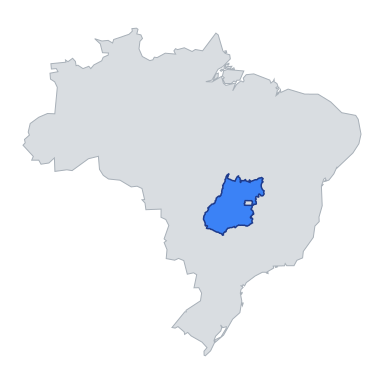 location of Goiás within Brazil
{"feature_id": "BRA-1294", "entity_name": "Goiás", "entity_type": "State", "adm_level": 1, "iso_a3": "BRA", "parent_name": "Brazil", "parent_adm1": "", "projection": "albers", "projection_center": [-49.017, -15.943], "detail": "fine", "context": "in_parent", "style": "filled", "palette": "blue", "viewbox_px": 384, "rotation_deg": 0, "n_neighbors": 0, "source": "natural_earth", "source_scale": "10m", "svg_char_len": 9091}
<svg xmlns="http://www.w3.org/2000/svg" viewBox="0 0 384 384"><path d="M77.9,65.2L83.0,68.6L88.8,66.3L90.8,68.6L93.9,64.9L101.7,60.8L103.2,57.3L108.2,55.1L108.5,53.0L102.5,52.7L100.3,43.9L94.7,38.7L101.9,41.0L108.1,40.4L112.6,43.0L113.7,39.5L129.0,34.3L132.3,31.2L131.9,28.6L136.5,28.2L138.0,29.3L136.8,33.9L140.9,34.9L142.5,38.5L139.9,41.4L139.0,48.9L142.3,56.5L149.8,60.6L152.9,59.8L154.3,57.2L157.1,57.6L165.2,53.2L175.6,54.1L173.9,50.9L175.5,48.7L177.6,49.6L184.3,47.8L192.1,51.5L195.3,49.5L202.6,50.8L215.9,33.1L218.2,34.9L222.9,50.9L225.2,53.4L229.7,54.8L230.3,58.9L222.7,66.7L218.0,69.3L211.9,80.1L205.8,81.7L212.2,81.9L221.5,76.4L223.4,83.3L225.9,85.4L235.6,83.0L232.7,90.8L236.5,84.5L240.9,80.9L243.1,82.0L244.1,80.9L243.3,78.1L246.2,74.7L253.8,73.9L269.8,80.1L270.9,83.1L273.2,81.1L276.9,83.5L277.9,86.1L275.9,87.8L276.7,88.8L278.8,87.1L279.2,88.7L277.3,90.5L276.0,95.7L278.6,93.6L280.5,89.7L280.8,92.5L288.1,89.1L304.7,94.1L318.1,94.2L330.8,102.0L341.7,112.7L355.7,115.4L358.2,119.3L361.0,134.2L358.9,143.7L352.9,153.0L337.0,168.1L337.0,166.8L333.8,173.9L328.9,180.1L326.6,180.9L325.2,178.0L323.7,179.3L321.4,186.1L322.2,205.8L319.0,217.0L319.2,221.6L314.9,226.1L313.3,237.4L303.3,251.4L302.6,257.9L296.9,260.3L294.0,265.7L286.7,265.7L285.2,263.5L284.5,265.8L273.2,266.1L273.7,268.0L266.5,272.3L262.5,272.2L255.3,275.9L246.3,282.6L244.6,285.9L243.1,284.6L242.5,286.1L240.5,285.5L243.1,287.4L241.0,289.5L240.3,293.1L241.8,301.0L239.9,312.6L232.6,319.2L223.6,335.1L215.2,342.3L214.9,339.9L221.0,336.9L226.2,328.3L226.3,326.7L222.8,327.7L220.6,324.9L221.7,327.7L220.8,330.9L215.6,336.2L214.0,340.4L214.5,342.7L210.6,350.8L205.3,355.8L204.1,355.2L204.0,351.2L207.0,347.6L202.0,342.1L191.1,335.9L187.7,332.4L184.6,334.4L184.2,331.9L178.0,326.6L175.1,328.1L172.0,327.5L184.8,311.8L186.3,311.8L186.0,310.3L200.5,300.8L201.6,293.1L198.8,287.7L194.0,287.8L196.7,274.7L193.6,272.8L187.3,274.2L183.8,260.6L178.5,258.4L174.7,260.2L166.2,258.6L167.0,249.6L164.1,242.5L166.4,240.8L164.1,238.9L168.8,225.5L165.8,219.5L161.0,217.3L161.1,209.1L145.9,209.7L145.0,203.0L142.0,199.8L144.6,199.6L142.0,188.5L137.1,186.2L131.2,186.9L120.0,180.2L108.5,179.0L103.3,175.4L99.5,169.4L98.4,156.3L88.5,158.7L72.1,170.6L66.8,169.8L54.9,171.4L54.4,157.9L48.9,163.0L41.0,164.2L38.8,160.2L31.7,160.2L33.3,156.4L23.0,145.2L25.2,142.8L24.5,139.4L29.4,135.1L28.2,132.1L30.2,123.5L38.7,117.3L47.5,113.5L54.8,113.8L57.3,87.3L54.7,81.8L50.5,79.1L50.0,73.2L58.0,71.7L56.3,68.6L51.4,69.0L50.9,63.7L65.9,62.2L65.5,60.0L68.0,61.7L72.6,58.3L75.4,61.4L76.1,65.7L77.9,65.2ZM227.2,69.5L243.8,71.0L239.8,80.1L236.8,80.3L236.3,81.9L233.9,81.1L231.2,83.5L225.0,83.5L222.7,78.9L224.3,77.8L222.4,76.1L223.7,70.8L227.2,69.5ZM213.2,80.6L215.7,74.1L218.3,73.1L218.1,77.1L213.2,80.6ZM231.8,66.3L230.2,68.7L226.4,68.2L227.0,66.6L231.8,66.3ZM226.1,63.6L225.5,68.6L223.8,68.1L226.1,63.6ZM234.4,69.4L232.0,69.7L231.0,69.3L233.9,67.8L234.4,69.4ZM223.6,69.7L221.2,71.3L220.2,70.5L221.9,69.0L223.6,69.7ZM228.0,65.3L226.9,64.2L228.9,63.2L229.0,64.2L228.0,65.3ZM226.7,52.5L225.2,52.7L224.9,50.9L226.3,50.8L226.7,52.5ZM242.4,305.8L241.9,304.2L242.9,302.7L243.2,303.1L242.4,305.8ZM267.8,271.7L268.1,273.6L266.6,273.1L267.8,271.7ZM241.6,294.2L241.0,293.3L242.0,292.3L242.3,292.7L241.6,294.2ZM278.2,92.5L277.2,94.4L278.3,91.7L278.2,92.5ZM325.8,181.2L324.2,181.6L325.3,180.2L325.8,181.2ZM277.3,266.9L275.7,267.5L275.4,267.1L276.4,266.3L277.3,266.9ZM323.0,184.6L322.4,185.6L322.0,184.9L323.0,184.6ZM274.1,79.4L274.2,80.5L273.7,80.3L274.1,79.4Z" fill="#d9dde1" stroke="#a8b0b8" stroke-width="1"/><path d="M261.8,177.6L262.9,178.5L263.1,178.8L263.0,179.0L262.3,179.5L262.1,180.6L262.1,181.1L262.9,181.4L262.9,181.5L262.9,181.8L262.8,182.2L262.5,182.5L262.0,182.7L261.7,183.2L261.2,184.9L261.2,185.7L261.3,186.7L261.6,187.8L262.0,188.5L262.4,189.5L262.9,189.9L263.4,190.5L264.1,190.9L263.9,191.5L263.7,191.9L263.7,192.3L263.7,192.7L264.0,193.2L264.1,194.0L263.9,194.3L263.6,194.7L263.2,195.4L262.9,195.5L262.7,195.8L262.3,195.8L261.8,195.9L261.5,195.8L260.9,195.7L260.7,195.1L260.3,194.6L259.3,194.0L259.1,194.0L258.6,194.5L258.5,195.0L258.7,195.3L258.5,195.7L258.7,196.0L258.7,196.3L258.8,196.7L258.8,196.8L258.6,196.9L258.4,197.1L258.2,197.1L257.2,196.6L256.9,196.5L256.4,196.5L256.0,196.7L255.9,196.9L255.6,198.4L255.6,198.5L255.9,198.5L256.2,199.1L255.8,199.7L255.6,199.9L255.5,200.1L255.6,201.2L255.7,201.3L256.0,201.4L256.1,201.5L256.2,202.6L256.3,203.0L256.3,203.9L255.7,204.2L255.2,204.3L254.7,204.3L254.3,204.5L254.1,204.5L253.9,204.3L253.5,204.9L253.1,205.3L252.7,205.3L252.4,205.4L252.4,205.6L252.1,206.3L252.2,207.0L252.0,207.6L251.7,208.2L251.3,208.5L251.1,209.3L251.3,209.6L251.5,209.9L252.0,210.1L252.7,210.7L253.0,211.4L253.1,211.9L253.3,212.2L253.5,213.0L253.6,213.5L253.2,213.5L253.0,213.8L252.9,213.9L253.1,214.3L252.9,214.3L252.7,214.5L252.5,214.9L252.3,214.9L252.1,215.0L252.0,215.3L251.9,215.4L251.7,215.7L251.3,216.0L251.2,216.4L251.2,216.6L250.8,216.5L250.7,216.5L250.5,217.0L250.4,217.6L250.5,217.8L250.9,218.2L251.0,218.2L251.3,218.0L251.5,218.0L252.0,218.1L252.3,218.3L252.6,218.7L252.6,219.0L252.6,219.4L252.4,219.6L252.1,220.0L251.9,220.8L251.9,221.2L252.1,221.8L252.2,222.0L252.5,222.8L252.0,223.0L251.9,223.2L251.6,223.3L251.5,223.5L251.3,223.5L250.2,224.1L249.4,225.0L247.2,226.1L246.4,226.0L246.2,225.9L246.1,225.7L245.5,225.8L245.2,225.5L244.4,225.2L243.5,225.3L241.5,225.2L239.8,225.3L238.7,225.0L238.2,225.4L237.1,225.9L236.7,226.3L235.4,227.6L235.0,227.6L234.6,227.1L234.4,226.6L234.2,226.5L233.8,226.8L231.8,227.6L231.5,227.6L231.0,227.6L230.0,227.6L229.3,228.0L227.7,228.3L226.5,229.9L226.1,230.3L226.1,230.5L226.2,231.0L226.1,231.3L225.7,231.8L225.4,232.0L225.2,232.0L224.9,231.8L224.7,231.9L224.5,232.2L224.1,232.5L224.0,232.8L223.6,233.1L223.3,233.5L223.2,234.0L223.0,234.3L223.0,234.5L223.4,234.9L223.1,235.1L222.8,234.9L222.6,234.8L222.4,235.0L221.8,234.1L221.1,233.5L220.9,233.4L220.5,233.4L220.2,233.3L219.6,233.2L218.5,232.3L217.6,232.1L217.3,232.2L216.8,232.1L215.2,231.4L214.6,230.9L213.4,230.5L213.1,230.1L212.0,229.5L211.7,229.4L211.2,229.5L210.9,229.4L210.2,228.8L209.9,228.6L208.8,228.7L208.2,228.6L207.6,228.6L206.7,228.4L206.5,228.2L206.8,227.3L207.4,226.4L207.5,226.0L207.4,225.9L206.4,225.5L206.2,225.5L205.8,225.8L205.6,225.9L205.3,225.6L205.2,225.4L205.1,225.1L205.2,223.4L205.1,222.7L204.6,221.7L204.3,220.7L204.0,220.3L203.6,219.6L203.5,219.3L203.5,218.8L203.6,218.4L203.6,217.8L203.8,217.3L203.9,217.1L203.8,216.4L203.8,216.2L204.1,215.9L204.3,215.3L204.8,214.7L205.1,214.2L205.1,213.7L205.3,212.9L205.2,212.8L205.7,212.3L206.9,211.7L207.7,210.8L207.8,210.3L208.3,209.8L208.5,208.9L208.1,208.7L207.9,208.2L208.0,207.7L208.4,207.5L209.0,207.3L209.1,207.1L209.1,206.7L209.8,206.1L209.9,205.9L210.5,205.6L211.0,205.1L211.3,204.6L211.4,204.4L211.6,204.3L212.2,204.1L213.2,204.0L213.7,203.6L213.8,203.4L214.0,203.4L214.2,203.5L214.5,203.4L214.6,203.0L214.9,202.7L215.3,201.7L215.2,201.1L215.4,201.1L215.5,201.0L215.8,200.6L215.9,200.0L216.1,199.6L216.1,199.3L216.1,199.0L216.3,198.7L216.3,198.3L216.3,198.1L216.7,197.8L216.9,197.7L217.4,197.0L217.9,196.7L218.3,196.4L218.8,196.3L219.0,196.1L219.2,196.5L219.4,196.6L219.6,196.6L220.2,196.2L220.4,196.0L220.5,195.7L220.9,195.4L220.9,194.9L221.1,194.7L221.1,194.2L221.4,193.5L221.6,193.2L221.9,192.2L221.7,191.2L221.9,190.6L221.9,190.2L222.0,189.8L222.3,189.1L222.3,188.8L222.7,188.7L222.9,188.5L222.9,188.3L222.8,188.1L222.8,187.4L222.9,187.1L222.9,186.6L222.8,186.2L222.8,185.7L222.7,185.3L223.1,185.2L223.3,185.0L223.5,184.3L223.6,183.7L224.4,182.9L224.5,182.4L224.9,181.7L225.2,181.1L225.1,180.8L225.1,180.2L225.0,179.8L225.3,179.5L225.3,179.4L225.2,179.3L225.2,179.2L225.6,178.9L225.8,178.7L225.9,178.1L225.9,177.8L226.0,177.4L226.2,176.5L226.4,176.3L226.6,175.8L226.9,175.4L227.0,175.2L227.2,174.9L228.7,173.9L228.8,174.1L228.9,174.3L228.8,174.5L228.2,175.2L228.2,176.1L227.7,176.9L227.6,177.1L227.7,178.2L227.8,178.4L229.5,179.3L230.0,179.3L230.7,179.7L232.6,180.6L233.6,180.7L235.0,181.2L235.4,180.2L235.9,179.1L237.2,176.8L237.8,176.3L238.3,176.1L238.2,176.6L238.3,176.8L239.0,177.2L239.5,177.6L239.8,178.0L240.1,178.5L240.0,179.2L240.3,179.9L240.4,180.9L240.2,181.6L240.2,181.9L240.3,182.2L240.5,182.4L240.8,182.2L241.0,182.0L241.2,180.7L241.3,180.5L241.7,180.4L242.7,180.8L243.5,180.7L244.0,180.5L244.9,179.9L245.4,179.6L245.5,179.7L245.6,179.8L245.4,180.4L245.3,180.6L245.7,180.6L246.1,180.8L246.9,181.3L247.0,181.3L247.2,181.2L247.3,181.2L248.0,181.6L249.5,182.2L249.1,180.5L249.2,180.3L249.6,180.0L249.9,180.4L250.2,180.6L250.2,180.9L250.5,181.2L250.6,181.6L250.9,181.3L251.4,181.3L252.4,180.8L252.8,180.8L254.4,180.0L255.4,179.7L256.2,179.8L257.0,179.6L257.3,179.5L258.2,178.5L258.6,178.3L259.5,178.1L259.9,177.9L260.7,177.9L261.1,177.8L261.6,177.5L261.8,177.6ZM252.4,205.3L252.0,205.0L252.0,204.8L252.0,204.3L252.0,203.8L252.3,202.9L252.4,202.5L252.3,202.1L252.4,201.5L251.6,201.0L251.5,200.9L251.5,200.7L245.2,200.6L244.9,201.7L244.7,201.9L244.7,202.3L244.7,202.5L245.0,202.7L244.7,203.2L244.3,203.5L244.5,204.4L244.7,204.6L244.6,205.2L245.1,205.3L252.4,205.4L252.4,205.3Z" fill="#3b82f6" stroke="#1e3a8a" stroke-width="1.5"/></svg>